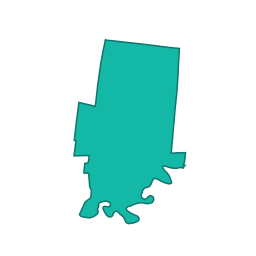 Ion Roata, Ialomita, Romania, rotated 338°
{"feature_id": "2599482B97439944299156", "entity_name": "Ion Roata", "entity_type": "district", "adm_level": 2, "iso_a3": "ROU", "parent_name": "Romania", "parent_adm1": "Ialomita", "projection": "orthographic", "projection_center": [26.762, 44.681], "detail": "fine", "context": "isolated", "style": "filled", "palette": "teal", "viewbox_px": 256, "rotation_deg": 338, "n_neighbors": 0, "source": "geoboundaries", "source_scale": "gbopen_adm2", "svg_char_len": 5377}
<svg xmlns="http://www.w3.org/2000/svg" viewBox="0 0 256 256"><g transform="rotate(338 128 128)"><path d="M164.2,185.9L164.5,185.5L165.6,184.5L166.9,184.0L165.5,183.1L166.0,182.2L166.4,182.0L167.1,181.5L167.9,180.3L167.9,179.9L168.2,179.3L168.3,179.2L168.5,179.1L169.1,178.1L169.8,176.8L172.1,172.4L171.3,172.1L168.8,171.1L167.2,170.5L165.6,169.9L163.2,169.1L160.2,168.1L158.8,167.4L160.6,163.6L161.9,161.1L162.8,159.4L164.2,156.7L165.7,153.8L170.7,143.8L172.3,140.9L178.9,127.8L185.8,114.8L185.9,114.7L192.4,101.4L198.8,87.6L202.1,80.5L204.3,76.0L205.5,73.5L204.0,72.7L202.5,72.0L201.8,71.6L199.1,70.2L195.5,68.3L194.3,67.6L193.3,67.0L192.2,66.4L191.1,65.8L189.9,65.2L187.9,64.1L187.7,63.8L178.0,58.5L169.1,53.6L168.9,53.5L154.6,45.8L140.1,38.0L140.1,37.8L139.9,37.9L139.4,38.7L137.6,41.6L135.6,44.5L134.2,46.6L133.0,48.5L131.8,50.3L130.8,51.8L128.1,56.1L126.3,59.0L125.7,60.1L124.3,62.5L122.5,65.4L122.5,65.5L115.8,77.2L113.6,81.3L111.9,84.5L108.8,90.1L106.3,94.8L105.8,95.7L92.1,85.9L82.6,102.7L78.3,110.6L75.9,115.0L73.5,119.4L75.0,120.3L67.6,133.4L67.5,133.6L73.0,135.7L74.2,136.1L75.2,136.5L78.4,137.7L81.7,139.0L80.1,141.9L79.1,143.6L78.3,144.9L78.2,145.2L77.6,145.4L74.8,144.6L74.4,145.3L70.2,153.1L72.6,154.5L72.8,154.1L73.5,154.6L74.3,155.2L74.4,155.4L74.5,155.5L74.3,156.1L74.1,156.7L74.0,157.0L73.8,157.5L73.5,158.4L71.9,163.7L71.2,165.9L70.4,168.3L70.4,168.7L70.5,169.8L70.7,171.5L70.7,171.8L70.7,172.0L70.4,172.7L70.0,173.5L68.4,176.8L68.4,177.0L68.0,177.6L67.1,178.5L66.8,178.8L66.5,179.0L63.3,179.8L60.6,180.7L60.1,180.9L51.7,189.0L50.5,190.0L50.6,190.5L51.4,192.4L52.1,193.0L55.4,195.1L56.9,196.0L58.5,196.8L59.3,197.0L60.1,197.1L60.8,197.2L61.5,197.2L62.0,197.2L62.4,197.2L62.9,197.2L63.4,197.2L63.9,197.1L64.9,196.8L65.4,196.6L65.8,196.6L66.2,196.6L66.6,196.5L67.2,196.3L67.5,196.1L68.1,195.6L68.4,195.4L68.7,194.8L68.9,194.4L69.0,193.4L69.1,193.0L69.1,192.5L69.2,192.1L69.3,191.9L69.4,191.6L69.6,191.4L69.8,191.2L70.2,190.8L70.5,190.7L71.0,190.2L71.3,189.9L71.4,189.6L71.7,189.0L71.8,188.4L72.1,187.9L72.2,187.7L72.5,187.3L72.7,187.1L72.9,186.9L73.2,186.8L73.4,186.7L74.1,186.6L74.5,186.6L75.4,186.7L76.3,186.7L77.3,186.9L78.2,187.0L78.9,187.1L79.6,187.3L80.1,187.5L80.7,187.9L81.2,188.3L81.7,188.7L82.6,189.6L82.9,190.2L83.1,190.8L83.2,191.2L83.2,191.7L83.1,192.1L82.9,192.8L82.8,193.1L82.6,193.3L82.3,193.5L82.0,193.6L81.7,193.7L81.2,193.8L80.9,193.8L80.6,193.8L80.4,193.7L80.1,193.6L79.7,193.4L79.3,193.2L78.5,192.7L78.1,192.5L77.5,192.2L76.9,191.9L76.2,191.9L75.8,191.9L75.4,192.1L75.1,192.4L74.9,192.6L74.7,193.0L74.6,193.5L74.6,194.0L74.7,195.6L74.8,197.0L75.1,198.9L75.4,200.5L75.6,201.1L75.9,201.7L76.1,202.1L76.5,202.6L76.9,203.1L77.3,203.4L77.7,203.6L78.3,203.9L79.1,204.0L79.5,204.0L80.1,203.8L80.4,203.7L80.7,203.5L81.0,203.3L81.3,203.1L81.6,202.8L82.2,202.0L82.6,201.7L83.5,201.1L83.9,200.9L84.1,200.7L84.5,200.7L85.0,200.6L85.3,200.6L85.5,200.7L85.8,200.8L86.1,200.9L86.6,201.2L86.7,201.3L87.3,202.4L87.6,202.9L88.0,204.2L88.2,204.8L89.0,206.1L89.2,206.6L89.5,206.9L89.8,207.4L90.1,208.2L90.3,208.4L90.3,208.7L90.4,209.1L90.5,209.5L90.6,210.0L90.7,210.3L90.7,213.6L90.8,214.3L90.8,214.5L91.1,215.2L91.4,215.6L91.8,216.1L92.3,216.5L92.7,216.8L93.2,217.1L93.7,217.2L95.9,217.7L97.1,218.0L98.0,218.1L98.9,218.2L99.5,218.2L100.6,218.1L101.7,218.1L102.1,218.0L102.9,217.8L103.4,217.6L103.8,217.1L104.1,216.5L104.3,215.9L104.3,215.5L104.4,215.0L104.3,214.7L104.0,213.9L103.6,213.2L103.4,212.9L103.1,212.6L102.3,211.9L100.9,210.4L99.2,208.5L97.8,206.7L97.0,205.4L96.5,204.7L96.3,204.2L96.1,203.8L96.0,203.0L96.0,202.6L96.0,202.4L96.2,202.1L96.9,201.5L97.5,201.2L97.9,201.0L98.4,200.9L98.6,200.9L99.7,201.1L100.3,201.2L101.5,201.2L103.3,201.1L105.4,201.1L107.1,201.2L110.0,201.7L111.0,201.9L112.0,202.2L112.7,202.4L114.0,203.2L115.2,204.0L116.2,204.7L116.7,205.0L117.3,205.2L118.0,205.5L118.4,205.7L119.8,206.0L122.3,206.2L122.6,206.1L122.9,205.9L123.3,205.7L123.8,205.3L124.2,205.0L124.7,204.5L124.9,204.1L125.1,203.8L125.2,203.5L125.4,202.9L125.4,202.5L125.5,202.1L125.4,201.7L125.3,201.4L125.2,200.8L125.0,200.6L124.4,199.8L123.8,199.3L123.4,199.1L122.9,199.0L122.4,199.0L121.6,199.1L120.8,199.4L119.9,199.9L118.7,200.4L117.8,200.6L117.5,200.6L116.4,200.0L115.9,199.7L115.4,199.1L115.1,198.5L114.8,198.1L114.7,197.5L114.6,197.1L114.7,196.3L114.9,195.6L115.2,195.1L115.4,194.7L116.7,193.6L117.0,193.2L117.4,192.7L117.7,192.1L118.3,191.4L119.1,190.7L119.5,190.5L120.4,190.1L120.9,190.0L121.4,189.9L122.1,189.9L122.6,190.0L123.6,190.2L124.3,190.3L125.1,190.3L125.8,190.2L126.4,190.0L127.3,189.4L127.9,189.0L128.4,188.5L129.8,187.1L130.8,186.1L131.4,185.6L132.0,185.2L132.5,184.9L133.0,184.8L133.2,184.7L133.5,184.7L133.7,184.8L134.6,185.1L135.2,185.5L135.8,186.0L136.4,186.9L136.9,187.4L138.6,189.5L139.6,190.5L141.2,192.2L141.8,192.7L142.4,193.2L144.1,194.5L144.8,194.9L145.3,195.2L145.8,195.4L146.7,195.5L147.4,195.4L147.6,195.3L147.9,195.1L148.0,195.0L148.1,194.5L148.2,192.9L148.2,192.4L148.3,188.9L148.3,188.0L148.1,187.3L147.9,186.2L147.4,184.4L147.1,183.6L146.7,182.7L145.9,180.6L145.7,179.8L145.6,179.2L145.5,178.5L145.5,177.6L145.6,177.0L145.7,176.8L145.8,176.6L146.0,176.4L146.3,176.4L146.6,176.4L147.1,176.6L147.6,176.9L149.2,178.1L150.3,179.0L152.9,181.0L155.1,182.4L156.2,182.9L157.2,183.3L157.9,183.6L159.1,183.8L160.0,183.9L160.8,184.0L162.1,184.4L163.2,185.1L164.2,185.9Z" fill="#14b8a6" stroke="#0f766e" stroke-width="1.5"/></g></svg>